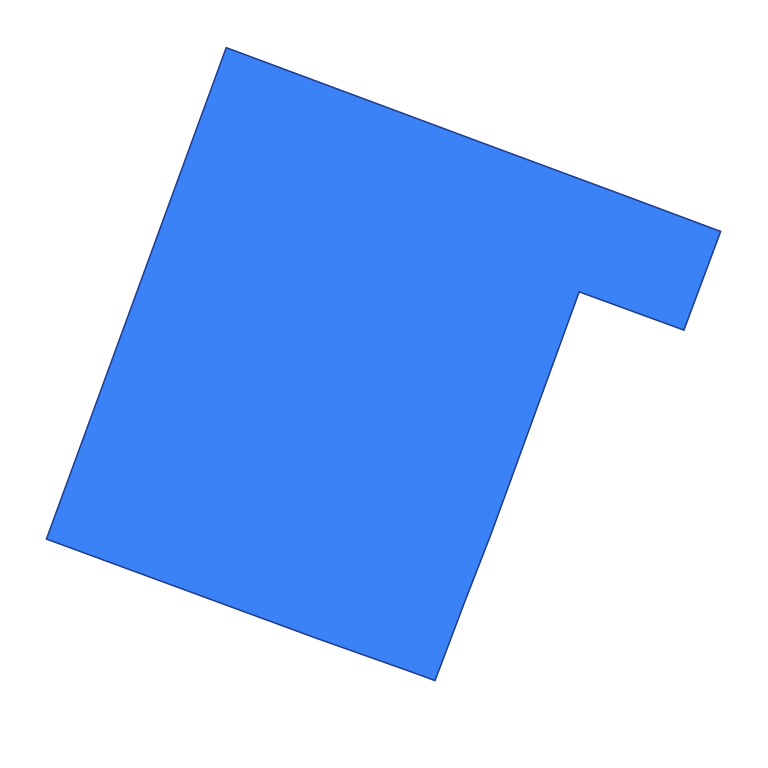 Waupaca, Wisconsin, United States of America, rotated 20°
{"feature_id": "52423323B88732486793756", "entity_name": "Waupaca", "entity_type": "district", "adm_level": 2, "iso_a3": "USA", "parent_name": "United States of America", "parent_adm1": "Wisconsin", "projection": "mercator", "projection_center": [-88.85, 44.462], "detail": "fine", "context": "isolated", "style": "filled", "palette": "blue", "viewbox_px": 768, "rotation_deg": 20, "n_neighbors": 0, "source": "geoboundaries", "source_scale": "gbopen_adm2", "svg_char_len": 350}
<svg xmlns="http://www.w3.org/2000/svg" viewBox="0 0 768 768"><g transform="rotate(20 384 384)"><path d="M120.7,121.9L119.8,645.2L408.1,646.1L510.9,645.2L533.4,645.3L534.4,558.7L535.9,490.1L536.0,439.2L535.9,230.7L647.4,230.8L648.2,125.5L536.3,124.6L409.2,123.9L392.4,123.8L120.7,121.9Z" fill="#3b82f6" stroke="#1e3a8a" stroke-width="1.5"/></g></svg>